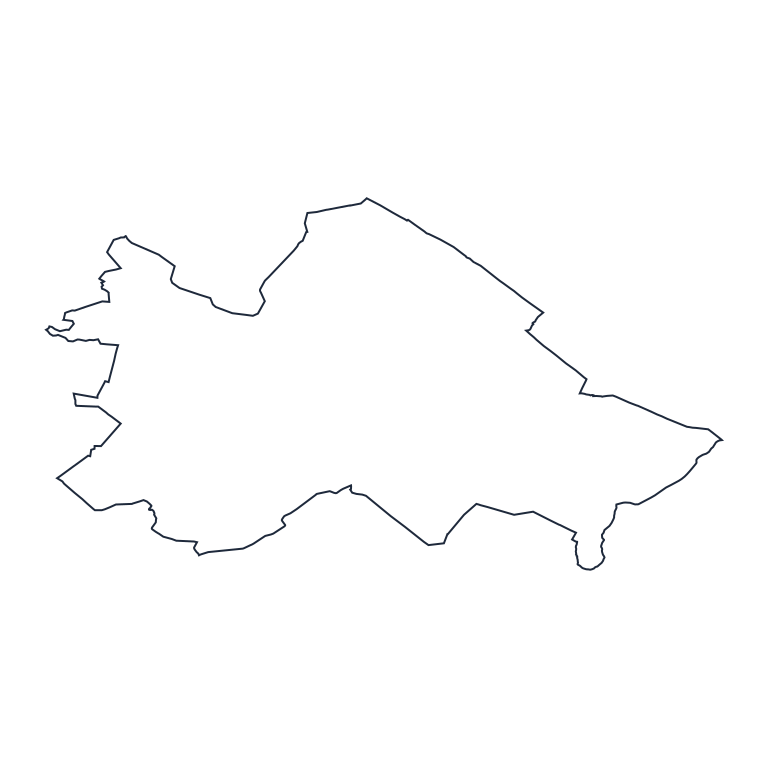 outline of Jaungulbenes pag., Gulbene, Latvia
{"feature_id": "27541924B98196696268447", "entity_name": "Jaungulbenes pag.", "entity_type": "district", "adm_level": 2, "iso_a3": "LVA", "parent_name": "Latvia", "parent_adm1": "Gulbene", "projection": "robinson", "projection_center": [26.577, 57.088], "detail": "fine", "context": "isolated", "style": "outline", "palette": "slate", "viewbox_px": 768, "rotation_deg": 0, "n_neighbors": 0, "source": "geoboundaries", "source_scale": "gbopen_adm2", "svg_char_len": 6003}
<svg xmlns="http://www.w3.org/2000/svg" viewBox="0 0 768 768"><path d="M201.2,554.3L208.2,552.1L242.1,548.7L242.9,548.6L244.0,548.2L250.8,545.0L251.6,544.7L253.6,543.6L264.5,536.4L265.3,535.9L270.9,534.5L273.3,533.6L284.5,526.3L285.0,525.7L285.2,525.2L285.1,524.9L282.2,521.0L281.8,520.1L282.3,518.9L284.1,516.3L285.4,515.5L290.4,513.3L296.7,509.1L315.9,494.7L316.3,494.2L316.9,493.9L329.6,491.2L330.1,491.3L334.2,492.9L334.8,493.0L335.4,493.1L335.8,493.2L336.7,493.0L340.8,490.1L343.1,488.8L351.0,485.4L351.1,486.1L351.0,489.0L350.9,489.2L350.2,489.6L352.2,492.7L356.4,493.9L362.3,494.6L366.0,495.8L390.7,516.1L405.0,526.9L423.8,541.8L428.5,545.1L443.9,543.3L447.4,534.2L447.7,534.3L464.0,514.8L476.4,503.9L478.6,504.5L480.6,505.2L487.4,507.0L514.1,514.8L533.1,511.7L550.7,520.6L559.0,524.7L560.0,525.0L564.4,527.2L571.3,530.6L576.0,532.7L572.1,539.5L575.8,541.6L577.1,541.8L577.1,542.3L576.6,544.7L576.0,545.9L575.8,547.1L576.2,548.7L576.1,550.1L575.8,551.3L576.0,552.5L576.2,553.5L576.0,554.2L576.3,554.6L576.6,555.4L576.5,555.7L577.1,556.2L577.1,556.4L577.2,556.8L577.3,557.0L577.2,557.3L577.1,557.6L577.4,558.9L577.7,559.9L577.7,560.7L577.8,561.6L578.0,562.7L577.7,563.6L577.6,564.2L577.8,564.5L578.1,564.8L579.5,565.5L580.1,565.9L581.9,567.6L582.4,567.9L583.1,568.3L586.0,569.2L586.7,569.3L587.3,569.4L587.8,569.3L590.2,569.7L591.9,569.3L593.9,568.5L595.1,567.3L596.4,566.7L597.4,566.5L599.3,564.8L601.6,562.9L603.1,560.7L603.5,559.3L604.5,557.5L604.1,556.4L602.9,554.6L602.1,552.0L601.9,550.7L602.2,549.3L602.0,548.3L601.2,547.0L601.1,546.1L602.2,542.8L604.0,540.1L604.0,539.8L602.2,537.8L602.0,535.7L602.0,534.7L603.7,532.6L603.7,532.3L604.5,530.0L609.5,525.9L611.6,522.9L613.4,519.3L614.1,517.5L614.1,515.8L614.6,513.7L614.7,511.9L615.0,511.0L616.3,508.4L616.5,507.5L616.3,506.3L616.3,505.6L616.4,504.5L623.2,502.7L625.4,502.5L630.1,502.8L634.6,504.3L635.2,504.4L638.0,504.3L638.5,504.2L651.2,497.5L655.0,495.3L666.1,487.5L670.8,485.1L678.8,480.8L681.6,479.0L684.7,476.5L687.0,474.2L689.7,471.2L692.4,468.0L696.2,463.4L696.5,462.7L696.4,460.4L696.5,459.6L697.5,458.3L698.9,457.1L702.6,454.9L703.7,454.5L705.2,454.0L706.4,453.6L708.3,452.3L709.1,451.7L711.2,448.6L713.1,447.0L713.9,445.6L714.9,444.1L715.6,442.9L716.3,442.1L717.9,441.1L718.8,440.7L719.6,440.4L721.9,440.1L721.4,439.6L713.4,433.3L713.3,433.2L708.2,429.3L696.0,427.9L692.6,427.7L689.3,427.1L687.0,426.8L686.5,426.6L666.9,418.7L661.8,416.3L657.2,414.5L652.1,412.1L637.7,405.7L636.8,405.5L629.2,402.6L616.0,396.7L612.8,395.5L607.1,395.9L602.9,396.5L602.2,396.7L601.2,396.3L596.4,396.0L593.4,396.1L593.7,395.4L593.0,395.1L592.1,395.0L591.0,395.2L590.4,395.4L589.6,394.9L586.1,394.4L584.8,393.9L582.1,393.4L581.0,393.3L579.8,393.4L582.2,388.1L585.9,380.7L586.5,379.2L583.8,377.2L575.5,370.2L566.0,363.4L556.1,355.3L550.3,350.8L543.9,346.1L536.5,339.8L533.9,337.3L530.8,334.7L530.5,334.5L526.2,330.6L528.8,330.2L530.0,329.5L530.6,328.6L531.9,325.7L533.3,324.2L532.6,323.6L532.5,323.2L533.0,322.7L533.8,322.2L535.2,321.5L535.7,320.2L537.9,317.0L543.2,312.6L529.6,303.0L521.9,297.4L516.9,293.4L513.9,290.9L510.6,288.6L503.3,283.3L500.0,281.0L496.4,278.2L480.7,265.8L473.5,262.0L469.8,258.6L467.0,257.6L466.4,257.2L465.7,256.1L464.4,255.2L453.6,247.0L440.4,239.6L429.0,234.1L426.8,233.4L425.7,232.6L424.6,231.6L414.8,224.7L408.6,220.2L408.0,219.8L407.5,220.0L407.6,220.3L407.0,220.6L404.6,219.1L399.8,216.6L392.5,212.5L380.2,205.3L366.7,198.3L365.8,199.2L360.8,203.5L350.1,205.6L350.0,205.4L327.9,209.6L326.3,209.8L316.8,212.0L307.4,213.0L304.8,223.3L307.3,231.9L306.2,232.1L302.7,240.8L301.1,241.6L299.2,243.0L298.6,243.7L298.1,244.5L297.4,246.2L293.7,250.7L268.7,277.0L265.2,280.4L264.6,281.2L260.1,289.4L260.0,290.0L260.0,290.6L260.2,291.3L261.0,292.8L264.8,301.2L257.9,313.6L252.9,315.8L246.1,314.9L232.3,313.2L215.7,307.0L212.8,304.4L210.3,298.1L199.4,294.7L179.5,288.0L172.2,282.8L170.8,279.1L174.7,266.2L161.7,256.9L158.8,254.7L131.8,243.0L129.3,240.9L127.2,238.6L125.9,236.2L125.6,236.1L125.3,236.4L124.5,236.9L124.1,237.4L120.7,237.5L119.2,238.2L113.7,239.9L107.1,252.1L108.8,254.5L120.7,268.2L116.1,269.5L109.1,270.9L105.0,271.9L101.5,275.9L99.3,278.7L100.3,279.4L101.7,280.1L104.1,281.5L103.7,281.8L101.4,282.7L103.0,285.3L101.6,286.7L102.0,288.7L104.6,289.7L107.2,291.3L108.7,292.7L108.6,293.8L109.3,301.9L102.3,301.4L85.5,306.9L74.8,310.6L72.2,310.4L66.4,312.4L65.0,313.1L64.9,314.4L64.3,316.7L63.9,318.9L63.8,319.3L63.4,319.8L72.4,321.0L73.8,323.8L71.2,326.9L68.8,329.9L66.2,329.7L59.9,331.2L55.0,329.2L52.0,327.0L49.4,326.4L48.8,328.0L47.9,328.8L46.1,329.8L47.8,331.2L49.9,333.9L52.9,335.7L56.1,335.5L58.0,334.9L65.5,337.9L68.3,341.0L73.0,341.4L77.5,339.5L79.4,339.6L85.9,340.9L89.5,339.9L93.4,340.2L98.1,339.3L100.5,343.7L106.6,344.3L118.1,345.2L117.0,348.7L115.7,353.5L114.1,360.8L109.9,376.8L108.6,382.1L105.1,381.2L104.1,383.3L97.5,395.6L97.4,397.8L73.7,393.6L74.8,398.7L75.4,400.1L75.4,404.0L76.2,405.8L95.8,406.6L98.2,406.6L106.1,412.5L108.2,414.4L111.6,416.7L120.7,423.6L101.0,446.1L100.8,446.1L96.2,446.0L94.6,446.0L94.5,448.8L91.2,449.8L90.2,456.2L88.1,455.7L78.0,463.1L73.0,466.7L60.3,476.0L57.1,478.2L62.4,481.4L64.0,483.6L65.8,485.2L74.7,492.9L82.3,499.1L86.5,503.0L93.5,509.1L94.9,510.2L101.8,510.2L104.8,509.3L109.7,507.3L115.9,504.5L132.0,503.9L132.5,503.6L139.7,501.4L143.5,500.1L146.9,501.5L149.7,503.9L150.6,504.8L150.7,505.0L151.0,505.2L151.4,505.7L151.3,506.2L151.1,506.3L150.8,506.8L150.6,507.1L150.6,507.4L150.4,507.8L149.9,508.1L149.2,508.7L149.0,509.2L149.0,509.6L149.7,509.9L150.1,510.0L152.1,509.8L152.5,510.1L153.4,510.9L153.8,511.5L153.9,512.1L154.2,512.6L154.2,512.9L154.4,513.2L154.4,514.0L154.2,514.4L154.1,514.7L156.3,518.3L156.0,519.6L155.8,522.3L155.7,522.5L152.0,527.6L151.8,528.5L151.9,528.9L152.4,529.4L155.6,531.7L158.5,533.5L158.8,533.6L163.3,536.7L171.8,539.0L176.3,540.7L193.8,541.5L194.4,541.6L197.0,542.2L194.1,547.5L194.1,548.2L194.4,549.0L194.9,549.8L196.7,552.2L198.3,553.6L198.7,554.6L199.0,555.3L199.9,554.8L201.2,554.3Z" fill="none" stroke="#1e293b" stroke-width="2"/></svg>